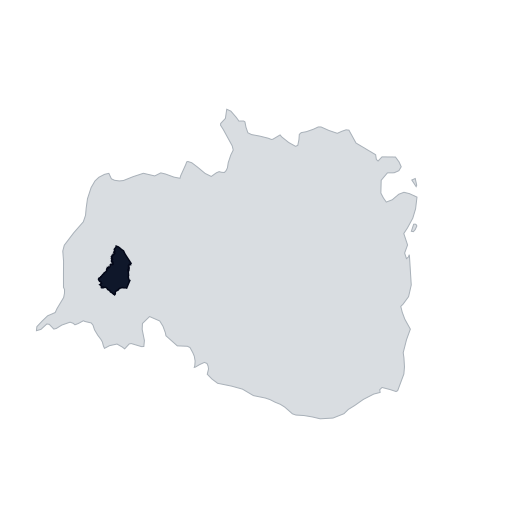 Koun Mom, Rôtânôkiri, Cambodia (highlighted), rotated 202°
{"feature_id": "14789045B34257820589195", "entity_name": "Koun Mom", "entity_type": "district", "adm_level": 2, "iso_a3": "KHM", "parent_name": "Cambodia", "parent_adm1": "Rôtânôkiri", "projection": "albers", "projection_center": [106.798, 13.499], "detail": "fine", "context": "in_parent", "style": "filled", "palette": "ink", "viewbox_px": 512, "rotation_deg": 202, "n_neighbors": 0, "source": "geoboundaries", "source_scale": "gbopen_adm2", "svg_char_len": 7203}
<svg xmlns="http://www.w3.org/2000/svg" viewBox="0 0 512 512"><g transform="rotate(202 256 256)"><path d="M431.6,104.5L432.7,108.4L429.8,115.8L426.8,122.5L421.0,128.4L420.8,132.7L418.8,145.5L419.6,149.6L420.9,153.1L422.8,154.9L427.9,167.5L432.4,178.9L437.0,188.2L437.8,194.2L433.7,209.2L428.9,223.0L429.3,229.9L431.4,236.8L433.7,246.0L434.5,257.7L433.4,265.3L431.2,270.1L427.0,275.0L423.4,277.5L419.0,273.4L415.5,273.2L410.8,274.4L407.2,276.3L399.7,283.5L391.4,290.5L379.9,292.3L375.4,297.4L370.7,298.1L361.6,298.4L355.6,299.6L355.9,302.2L355.4,314.4L355.5,317.3L354.6,318.1L350.5,318.4L343.5,316.5L334.1,313.5L327.3,313.0L323.9,318.3L321.8,320.4L319.3,320.7L316.6,321.6L315.7,324.0L315.5,327.0L316.7,332.1L317.2,340.2L316.8,345.7L319.3,349.2L333.7,361.0L337.9,364.0L338.4,365.7L335.9,372.1L338.1,381.1L333.6,380.9L326.0,377.0L322.4,374.7L318.0,376.5L316.5,376.2L313.6,371.7L309.7,367.2L305.7,366.9L297.3,368.6L288.7,369.8L285.4,369.8L284.1,370.6L279.0,377.3L276.9,376.1L268.3,373.5L260.4,372.5L258.7,374.2L259.7,379.7L261.4,385.0L260.3,387.3L255.9,390.1L250.2,395.1L246.6,399.0L244.1,400.0L235.4,399.7L226.6,400.2L223.1,403.8L219.8,406.7L217.0,407.5L205.6,398.2L183.0,394.7L180.6,390.6L178.4,389.8L176.3,395.1L163.8,400.0L158.6,396.8L154.8,393.1L155.5,388.6L159.1,384.9L165.3,382.3L168.3,373.1L163.8,361.1L159.7,357.6L155.4,354.8L150.7,359.2L146.8,366.7L142.7,370.5L137.1,371.3L128.8,370.9L125.7,359.5L124.8,349.8L126.1,338.7L127.4,332.2L119.6,323.0L119.3,314.4L115.5,309.9L114.3,312.1L114.4,314.6L113.4,312.8L101.2,287.3L99.3,275.5L101.6,266.5L102.9,263.5L99.4,258.7L94.4,253.2L85.5,246.0L85.1,234.8L83.3,221.5L80.7,217.0L76.8,208.8L74.7,202.0L74.2,184.2L75.4,182.8L81.7,182.4L89.9,181.3L91.2,178.4L89.8,176.0L95.1,172.1L102.7,163.3L108.6,154.2L112.9,148.4L115.4,142.7L123.9,134.6L135.5,129.1L143.4,127.9L151.6,126.1L159.4,123.5L163.1,123.3L172.8,126.7L178.0,127.6L183.5,127.6L189.2,128.1L194.2,127.8L206.1,125.6L218.7,127.5L229.9,126.2L243.9,123.6L250.7,125.4L256.9,128.1L257.7,133.5L259.2,136.0L261.2,138.0L264.0,138.0L267.6,134.2L270.6,130.3L271.5,129.6L271.7,131.5L273.1,135.8L275.7,140.0L278.4,142.7L282.9,146.4L285.8,146.6L295.3,143.2L309.6,148.3L311.3,150.9L315.9,156.0L320.9,159.7L332.0,160.0L336.0,150.9L334.1,145.4L327.8,135.8L326.1,130.1L328.1,129.1L338.8,128.1L340.6,127.0L343.0,120.7L345.9,121.5L351.9,122.3L358.2,118.0L361.9,113.6L363.9,115.6L366.2,118.7L368.6,120.6L373.1,123.3L378.1,127.1L381.2,130.8L383.7,132.2L390.1,131.2L391.8,131.3L395.5,126.8L398.1,124.4L400.3,125.1L403.6,125.0L410.2,119.2L414.0,114.0L416.1,112.5L422.1,115.2L424.5,114.6L427.9,107.4L431.6,104.5ZM121.7,344.5L120.4,345.2L119.3,345.1L118.1,344.1L118.3,340.0L119.2,337.5L121.2,337.1L121.7,344.5ZM140.0,384.8L137.4,387.5L133.5,381.8L133.5,380.3L140.0,384.8Z" fill="#d9dde1" stroke="#a8b0b8" stroke-width="1"/><path d="M389.4,212.8L389.2,212.4L389.2,211.6L389.6,210.2L389.9,209.3L389.9,209.1L389.8,208.9L389.7,208.9L389.5,208.7L389.1,208.1L389.1,207.9L389.1,207.6L388.9,207.5L389.0,207.4L389.1,207.2L389.0,206.8L388.9,206.8L389.0,206.6L389.1,206.4L389.2,206.2L388.9,206.1L388.6,206.0L388.4,206.0L388.4,205.9L388.5,205.9L388.4,205.8L388.2,205.9L388.1,205.7L388.1,205.8L388.0,205.6L387.9,205.5L388.0,205.4L388.1,205.2L388.3,205.0L388.2,204.9L388.3,204.8L388.3,204.7L388.5,204.6L388.6,204.4L388.8,204.2L388.7,204.1L388.8,204.0L388.7,203.9L388.7,203.7L388.8,203.6L388.7,203.6L388.8,203.4L388.9,203.5L389.0,203.2L389.1,203.3L389.1,203.2L389.1,202.9L389.3,202.8L389.2,202.7L389.1,202.8L389.1,202.7L389.3,202.5L389.4,202.3L389.4,202.2L389.5,202.3L389.6,202.2L389.6,201.9L389.4,201.7L389.5,201.5L389.6,201.4L389.3,201.3L389.4,201.2L389.5,201.2L389.5,200.9L389.3,200.7L389.2,200.7L388.9,200.5L388.9,200.4L388.7,200.4L388.6,200.2L388.4,200.0L388.4,199.9L388.5,199.9L388.4,199.8L388.5,199.8L388.4,199.7L388.5,199.6L388.3,199.6L388.2,199.4L388.2,199.2L388.0,198.9L387.9,198.9L388.0,198.7L388.3,198.5L388.2,198.4L388.0,198.1L388.2,197.9L388.2,197.7L388.2,197.4L387.9,197.3L387.8,197.1L387.8,196.9L387.5,196.9L387.4,196.9L387.5,196.8L387.5,196.7L387.2,196.6L387.0,196.4L386.9,196.3L386.9,196.2L386.7,196.2L386.6,196.3L386.5,196.2L386.2,196.2L386.1,195.7L385.9,195.5L385.8,195.4L385.8,195.2L385.7,195.2L385.4,194.7L385.6,194.4L385.9,194.2L386.3,194.2L386.9,194.3L387.2,194.2L387.5,194.0L387.7,193.6L387.8,193.3L387.8,193.0L387.6,192.8L387.4,192.5L387.3,192.2L387.5,191.1L387.6,190.6L387.8,190.4L388.0,190.3L388.3,190.2L388.5,190.2L388.5,189.9L388.7,190.1L388.7,189.9L389.1,189.7L389.1,189.4L389.3,189.4L389.2,189.2L389.0,188.9L389.1,188.7L389.3,188.5L389.4,188.3L389.4,188.1L389.5,188.1L389.5,187.8L389.5,187.6L389.3,187.4L389.1,187.2L388.9,187.1L388.8,186.9L388.9,186.7L389.1,186.4L389.1,186.2L389.1,185.4L389.5,185.0L390.0,184.0L390.5,183.4L390.5,183.1L390.5,182.4L390.9,181.9L391.3,181.0L391.4,180.1L391.6,179.9L391.7,178.7L392.2,178.6L392.2,178.4L392.1,178.1L392.3,177.7L392.6,177.4L392.7,177.1L392.9,177.0L392.9,176.9L393.2,176.8L393.3,176.4L393.3,176.1L393.4,175.9L393.3,175.5L393.2,175.2L392.7,174.8L392.3,174.5L392.1,174.5L392.0,174.3L391.7,174.3L391.4,173.9L391.0,173.9L390.6,174.0L390.5,173.9L390.3,173.9L390.2,173.9L390.0,173.7L389.8,173.5L389.7,173.2L389.4,173.1L389.2,173.0L389.3,172.8L389.0,172.7L390.1,170.9L389.3,170.8L388.8,170.5L388.2,170.3L387.6,170.0L387.3,169.9L386.9,169.9L387.2,169.6L387.7,169.4L387.8,169.2L387.4,168.7L385.9,169.2L385.6,169.4L385.0,170.0L384.0,170.5L383.8,170.6L383.1,170.6L382.6,170.5L382.1,170.3L381.1,169.5L380.7,169.3L380.2,169.5L379.8,169.3L379.5,169.2L378.6,169.2L378.4,169.0L377.9,168.4L377.3,168.1L376.9,168.1L376.4,168.2L375.7,167.9L375.4,167.8L375.1,167.8L375.0,167.7L374.9,167.7L374.5,167.6L374.4,167.5L374.1,167.5L374.0,167.4L373.9,167.5L373.7,167.5L373.6,167.3L373.3,167.3L373.1,167.3L373.1,167.2L372.9,167.2L372.6,167.0L372.3,167.6L372.3,168.2L372.4,168.6L372.8,169.5L373.0,170.1L372.9,170.4L372.5,171.1L372.3,171.5L371.8,171.9L371.7,172.4L371.4,172.5L371.1,172.7L370.9,173.2L371.0,173.4L370.9,173.7L370.8,174.3L370.1,174.9L370.0,175.3L369.8,175.5L369.7,175.6L369.1,175.9L368.9,176.2L368.8,176.3L368.1,176.6L367.9,176.6L367.7,176.9L366.7,176.9L366.2,177.1L365.4,177.6L365.1,177.6L364.6,177.8L363.9,177.8L363.8,186.1L364.6,186.2L365.3,186.7L365.5,186.9L365.8,187.7L366.6,188.6L366.8,189.3L366.7,189.7L366.8,190.2L367.3,191.1L367.6,191.8L367.9,192.2L368.2,192.9L368.5,193.3L368.4,193.6L368.5,193.8L368.5,194.0L368.6,194.3L368.7,194.2L369.0,194.4L368.9,194.5L369.1,194.5L369.3,194.7L369.4,194.8L369.5,195.0L369.4,195.2L369.5,195.4L369.4,195.5L369.5,195.6L369.5,195.8L369.4,195.8L369.4,196.0L369.1,196.3L368.8,196.4L368.9,196.6L368.9,196.8L369.1,197.0L369.3,197.1L369.4,197.4L369.4,197.6L369.6,197.5L369.7,197.8L369.9,197.6L370.1,197.8L370.1,198.2L370.0,198.6L370.2,198.8L370.5,199.0L370.4,199.1L370.3,199.4L370.2,199.5L370.3,199.6L370.4,199.8L370.5,200.0L370.4,200.2L370.3,200.4L370.3,200.5L370.3,200.8L370.1,200.8L369.9,200.9L369.7,201.0L369.4,201.0L369.2,201.0L369.3,201.2L369.3,201.3L369.2,201.4L369.2,201.6L369.3,201.7L369.2,201.9L369.3,202.1L369.1,202.4L376.3,207.4L378.6,209.1L380.7,211.1L381.0,211.2L382.0,211.4L384.5,212.1L384.8,212.3L385.7,212.5L386.7,212.8L387.4,212.9L388.6,212.8L389.1,212.9L389.4,212.8Z" fill="#0f172a" stroke="#020617" stroke-width="1.5"/></g></svg>